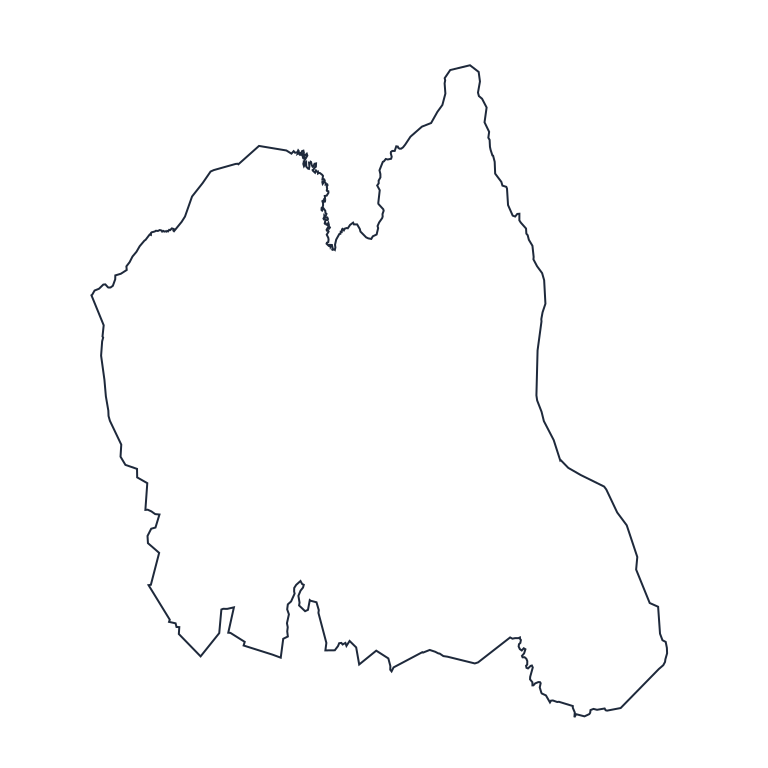 Tirzas pag., Gulbene, Latvia, rotated 93°
{"feature_id": "27541924B64079205421183", "entity_name": "Tirzas pag.", "entity_type": "district", "adm_level": 2, "iso_a3": "LVA", "parent_name": "Latvia", "parent_adm1": "Gulbene", "projection": "equal_earth", "projection_center": [26.38, 57.123], "detail": "fine", "context": "isolated", "style": "outline", "palette": "slate", "viewbox_px": 768, "rotation_deg": 93, "n_neighbors": 0, "source": "geoboundaries", "source_scale": "gbopen_adm2", "svg_char_len": 6144}
<svg xmlns="http://www.w3.org/2000/svg" viewBox="0 0 768 768"><g transform="rotate(93 384 384)"><path d="M597.2,608.6L630.6,585.6L632.8,586.2L633.9,579.6L637.5,578.5L637.5,575.7L644.4,575.8L665.6,552.9L641.4,535.5L617.7,534.6L616.9,532.8L616.8,528.9L614.9,522.2L640.5,526.5L640.6,524.3L648.8,509.6L652.5,510.5L660.1,481.2L662.7,472.8L643.7,471.3L641.2,466.8L636.1,467.7L631.9,467.4L628.0,468.4L619.0,466.9L614.1,468.9L609.1,468.5L606.0,465.4L598.0,462.3L595.9,462.9L592.4,463.0L589.2,461.2L585.1,457.1L588.0,455.3L588.7,453.6L591.5,454.2L594.7,456.5L600.0,458.4L606.8,456.9L609.6,457.2L615.0,450.9L613.5,448.1L603.7,446.8L604.3,445.9L605.5,440.0L613.2,437.3L616.0,437.5L645.6,428.0L653.1,428.6L652.5,419.2L648.1,416.2L645.2,415.2L644.8,413.0L646.3,411.7L644.6,409.0L647.5,407.8L642.4,404.9L648.5,398.0L665.4,394.1L650.7,377.8L657.8,365.3L665.3,362.9L669.0,362.8L670.6,361.4L666.5,359.6L649.8,331.7L650.2,331.0L647.2,324.4L648.7,318.9L650.2,315.6L650.3,314.3L652.6,310.5L653.0,306.3L658.3,278.7L657.1,275.5L630.5,244.8L631.6,242.4L630.9,239.7L630.8,236.6L630.0,235.0L631.4,234.8L632.5,233.9L635.4,234.3L636.8,235.6L639.1,235.8L641.6,234.5L642.9,232.5L640.6,230.6L641.5,228.9L645.7,230.0L648.3,232.0L649.7,231.3L649.5,229.3L650.9,227.5L653.2,226.4L656.7,226.3L658.0,227.4L660.0,226.8L660.5,225.3L657.8,222.8L657.4,221.6L659.3,220.6L668.8,222.7L671.3,222.7L674.1,220.2L677.2,220.0L677.1,219.0L675.1,217.4L673.6,214.3L673.6,212.6L674.6,211.9L678.8,212.6L684.1,210.7L684.8,210.2L686.5,206.0L693.3,201.6L691.5,200.7L691.2,198.8L692.5,194.4L692.2,192.7L695.7,178.6L697.5,178.5L702.0,176.3L706.8,176.4L703.7,174.8L705.4,166.4L702.9,161.7L701.5,160.9L698.8,160.7L697.5,157.8L698.2,154.2L696.5,146.7L698.2,145.6L698.5,144.1L695.2,130.7L654.2,94.6L650.2,90.4L646.8,88.8L644.2,88.6L638.1,87.2L632.7,87.7L626.8,89.2L625.3,92.5L618.9,95.3L592.1,98.6L588.8,107.2L556.1,122.5L543.5,122.0L512.4,134.2L500.1,144.4L477.7,156.5L474.9,158.8L464.5,183.0L458.1,195.6L450.7,203.6L451.1,204.0L431.1,211.6L412.7,222.4L403.5,225.2L392.4,230.2L387.4,231.2L342.4,232.4L313.3,230.0L311.0,230.3L304.1,229.4L295.4,227.0L272.0,229.5L265.0,231.9L258.4,237.3L251.7,241.3L249.3,241.2L238.2,243.0L232.4,246.9L227.9,248.3L226.4,249.7L221.3,250.3L215.6,255.9L213.5,257.4L206.9,257.7L207.2,259.8L209.9,261.8L209.1,264.3L198.8,269.5L182.4,271.4L180.7,272.2L179.7,276.1L176.0,277.4L168.1,284.0L156.3,285.1L150.3,287.0L150.1,287.7L144.6,289.8L141.6,290.6L134.7,291.3L132.6,292.7L126.7,292.2L117.4,297.3L102.5,296.0L94.0,301.0L91.5,304.3L88.1,305.4L76.9,304.0L67.4,305.8L61.2,314.8L67.0,334.3L75.4,339.4L77.5,338.8L80.6,339.2L90.8,337.9L102.3,340.3L109.4,344.9L120.9,350.6L125.0,359.6L135.6,370.5L143.9,375.4L146.7,377.4L148.1,379.2L148.2,380.8L147.3,382.2L146.2,382.6L146.0,384.2L150.7,385.5L150.8,387.9L151.9,389.2L153.3,389.3L156.7,388.2L158.7,388.7L159.6,392.0L159.2,394.0L161.6,395.7L162.2,396.8L170.8,399.7L174.5,398.6L177.9,398.4L181.2,400.0L183.9,399.8L186.1,401.2L190.7,398.4L203.7,399.2L204.6,398.9L209.5,393.9L211.0,393.4L214.4,394.4L216.8,394.1L218.4,394.5L222.9,397.3L226.6,398.7L228.6,398.0L235.1,399.2L237.1,402.9L239.8,404.3L239.4,407.3L238.5,409.5L233.0,415.5L230.4,416.3L226.0,419.2L226.2,422.4L224.5,423.3L226.9,426.2L230.4,428.3L230.2,429.5L230.9,431.3L232.6,432.1L231.2,433.4L231.7,434.0L234.4,434.2L234.2,435.2L236.3,435.4L236.6,436.5L242.3,439.3L247.5,440.2L250.2,439.7L252.6,440.1L252.2,440.6L252.7,442.5L252.1,442.8L251.3,442.3L247.9,443.3L247.9,443.7L249.8,444.6L247.9,445.0L247.9,445.8L249.1,445.9L249.0,446.3L246.9,448.7L245.9,448.4L245.2,447.1L242.8,446.9L240.9,447.3L237.9,449.0L234.7,447.3L233.7,447.9L233.8,449.1L233.0,449.4L230.6,448.2L231.7,447.0L230.6,446.2L230.2,446.5L230.4,447.4L229.9,447.6L228.2,447.3L226.0,448.0L228.1,449.1L227.8,450.0L226.6,450.7L227.0,451.4L226.8,451.6L223.3,451.1L223.3,449.1L222.2,448.6L220.7,449.3L221.3,452.0L222.4,452.8L222.0,453.1L220.1,452.3L218.7,452.4L219.6,451.2L217.7,450.5L217.0,450.4L216.4,451.4L214.1,451.7L211.5,453.8L214.0,454.9L213.5,455.5L211.4,455.5L210.4,454.5L209.0,454.2L206.7,454.3L204.6,455.1L204.3,454.7L205.3,453.9L204.9,452.5L203.5,452.4L203.4,453.3L202.5,453.5L201.7,452.6L199.3,453.0L198.9,451.1L196.0,449.5L194.4,449.7L194.1,451.1L193.7,451.3L191.7,451.0L190.0,451.5L188.4,450.8L187.6,451.1L188.0,452.7L186.6,452.6L185.4,453.7L185.5,454.5L187.3,455.7L185.5,456.2L184.8,455.5L184.8,454.1L184.1,453.8L182.8,454.4L182.5,455.2L182.8,456.2L179.4,455.8L178.3,456.7L176.7,459.0L176.6,460.0L177.2,460.9L175.4,461.1L175.7,461.7L174.3,463.1L176.6,463.9L174.6,466.3L174.1,466.5L173.2,465.4L171.2,464.7L171.1,463.8L170.5,463.4L167.3,463.4L167.7,464.9L169.9,465.7L170.7,466.7L169.3,467.6L166.1,468.5L165.9,468.9L167.4,469.2L167.0,470.4L170.7,469.9L173.1,470.2L172.9,471.1L171.0,473.0L166.4,473.4L167.8,474.9L167.4,475.4L170.0,474.9L170.7,475.3L168.4,476.1L166.0,475.6L159.9,472.5L158.1,473.2L159.4,474.4L159.2,475.3L162.3,475.5L162.9,476.3L162.6,476.6L159.7,477.5L157.3,476.1L155.2,476.7L155.7,478.0L159.5,479.1L159.5,479.5L157.5,480.1L157.4,480.6L158.7,480.8L158.0,481.5L158.5,482.2L155.8,481.4L155.2,481.9L157.6,482.8L157.3,483.3L157.7,484.9L156.2,486.4L158.8,488.5L155.9,493.7L152.8,521.3L172.2,540.9L171.7,541.6L172.0,543.7L179.3,565.2L180.9,568.3L192.8,575.6L206.8,585.5L227.2,591.5L232.7,594.6L242.4,601.7L241.8,602.4L240.2,602.2L239.7,604.0L241.5,605.6L241.3,606.6L242.9,607.6L242.5,608.6L243.2,609.2L242.9,610.2L243.3,611.4L242.7,612.3L243.4,613.5L242.4,614.1L242.0,616.0L243.0,617.8L242.9,619.8L243.7,620.9L244.7,624.0L245.4,624.6L247.3,624.6L246.9,625.8L252.6,629.7L253.3,630.7L259.2,635.2L264.9,638.1L269.8,641.8L275.6,644.4L280.0,647.4L283.6,646.9L287.7,652.6L289.6,658.0L293.5,657.9L300.1,659.9L301.9,662.1L302.1,663.8L301.9,664.7L299.1,667.5L299.4,669.5L303.8,673.6L305.8,677.9L310.0,680.0L310.7,680.8L340.0,667.0L351.3,667.6L352.3,666.9L356.1,667.7L370.5,668.0L394.5,663.4L410.9,661.1L425.0,657.9L430.4,657.4L435.1,655.8L458.3,643.2L470.4,643.3L478.3,638.0L481.7,626.2L490.2,625.6L495.4,615.2L522.2,615.7L521.9,613.4L523.4,609.6L525.9,605.7L526.1,601.4L539.3,604.7L540.7,608.9L548.1,612.2L555.3,611.4L564.4,599.7L596.7,606.3L597.2,608.6Z" fill="none" stroke="#1e293b" stroke-width="2"/></g></svg>